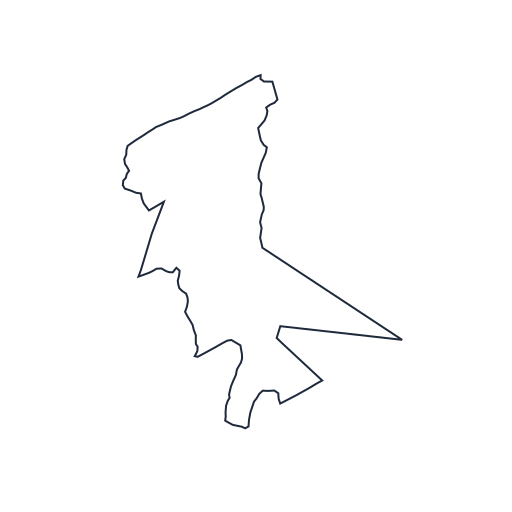 outline of Jequiá da Praia, Alagoas, Brazil, rotated 214°
{"feature_id": "56859067B64881112821563", "entity_name": "Jequiá da Praia", "entity_type": "district", "adm_level": 2, "iso_a3": "BRA", "parent_name": "Brazil", "parent_adm1": "Alagoas", "projection": "natural_earth1", "projection_center": [-36.086, -9.926], "detail": "fine", "context": "isolated", "style": "outline", "palette": "slate", "viewbox_px": 512, "rotation_deg": 214, "n_neighbors": 0, "source": "geoboundaries", "source_scale": "gbopen_adm2", "svg_char_len": 2204}
<svg xmlns="http://www.w3.org/2000/svg" viewBox="0 0 512 512"><g transform="rotate(214 256 256)"><path d="M88.0,268.2L255.3,266.4L258.4,269.4L262.7,273.3L264.7,277.5L267.0,282.3L271.5,286.3L274.4,293.6L275.3,298.3L277.1,301.2L283.9,307.4L286.9,309.8L292.2,319.3L297.3,321.9L299.7,325.5L301.8,331.0L303.7,336.4L305.6,347.0L307.8,352.2L311.7,352.4L316.5,354.5L319.5,357.2L325.8,363.3L325.2,368.3L324.7,373.2L325.8,378.6L327.6,382.5L330.6,384.8L328.8,389.5L326.4,393.3L325.7,397.7L339.9,409.7L347.0,405.1L351.3,405.3L353.3,408.5L356.3,404.5L358.3,399.5L360.6,395.5L363.1,390.2L365.0,386.6L366.6,383.5L368.4,379.6L370.1,375.9L371.9,371.9L373.9,366.9L376.0,362.5L378.3,357.6L380.7,353.2L382.7,350.1L385.0,346.1L388.0,341.8L391.4,336.2L393.7,331.9L396.2,327.9L398.3,325.2L400.7,322.2L403.2,319.1L405.0,316.2L408.2,311.1L411.0,307.0L412.5,303.2L414.8,298.1L416.7,293.3L418.6,289.0L420.7,284.2L422.2,280.3L424.0,275.5L422.7,271.5L420.2,267.4L419.4,262.6L416.0,259.0L412.6,257.6L408.9,255.7L409.0,251.8L407.6,248.0L408.2,244.4L406.0,240.2L402.5,238.5L396.4,240.2L390.6,241.4L386.4,243.5L382.7,239.8L378.5,236.8L370.2,233.9L362.7,249.5L354.8,216.0L350.8,203.3L343.6,180.1L341.9,173.2L338.5,177.8L335.2,182.4L333.3,185.7L331.4,189.8L327.4,192.8L322.0,193.2L319.0,194.0L315.9,195.9L315.4,201.7L311.1,201.1L308.8,196.7L307.0,191.7L304.4,188.8L301.5,186.4L297.7,185.7L292.9,185.7L289.7,183.4L287.1,180.3L284.9,175.3L283.6,170.1L279.4,167.8L274.3,165.5L270.0,163.4L266.0,159.7L261.5,156.6L258.9,152.6L256.6,149.4L253.6,148.1L251.4,144.2L250.8,138.7L248.0,139.8L245.8,143.9L242.0,151.2L238.3,158.4L236.7,161.7L234.9,165.3L232.4,169.9L229.4,172.6L219.0,173.2L216.0,170.1L212.8,166.8L210.2,163.2L208.9,159.3L208.7,155.4L208.3,151.0L206.2,146.3L205.0,139.4L203.9,134.1L202.3,129.8L200.9,126.1L198.6,123.7L198.4,120.0L197.1,115.2L193.9,109.5L191.3,105.9L189.5,102.3L186.3,102.5L180.9,103.0L175.5,105.2L172.4,106.5L168.6,107.1L166.9,110.5L170.2,116.3L173.2,123.2L176.2,134.1L175.9,138.3L176.2,143.6L175.1,148.1L170.4,151.0L165.6,154.7L160.8,154.7L157.5,150.4L153.4,147.2L144.9,162.8L138.4,175.6L134.4,184.2L131.5,189.8L186.2,198.4L193.0,199.6L196.6,211.4L88.0,268.2Z" fill="none" stroke="#1e293b" stroke-width="2"/></g></svg>